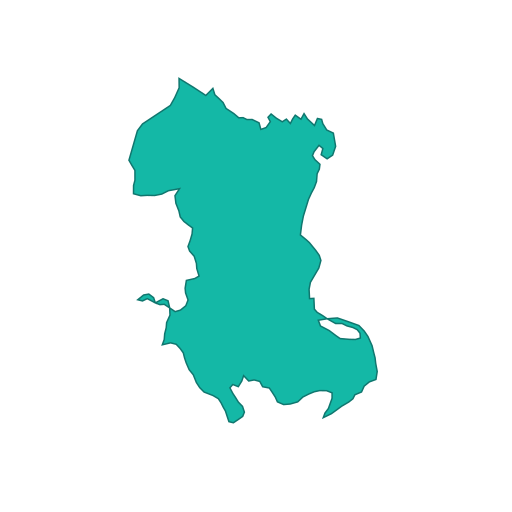 the district of Porto Rico do Maranhão, Maranhão, Brazil, rotated 127°
{"feature_id": "56859067B69390320621521", "entity_name": "Porto Rico do Maranhão", "entity_type": "district", "adm_level": 2, "iso_a3": "BRA", "parent_name": "Brazil", "parent_adm1": "Maranhão", "projection": "mercator", "projection_center": [-44.622, -1.877], "detail": "fine", "context": "isolated", "style": "filled", "palette": "teal", "viewbox_px": 512, "rotation_deg": 127, "n_neighbors": 0, "source": "geoboundaries", "source_scale": "gbopen_adm2", "svg_char_len": 2838}
<svg xmlns="http://www.w3.org/2000/svg" viewBox="0 0 512 512"><g transform="rotate(127 256 256)"><path d="M349.4,293.7L355.0,289.1L363.0,287.3L367.4,284.5L373.1,282.1L378.0,279.0L383.3,277.4L376.8,272.0L374.5,266.6L375.5,261.0L377.1,255.8L380.4,251.7L383.3,247.5L387.0,241.0L388.6,234.6L392.9,227.5L395.0,221.7L395.9,215.6L393.3,206.4L392.6,200.2L394.3,195.5L396.5,191.1L398.2,187.1L401.5,182.4L404.6,177.9L402.8,173.7L396.5,171.5L392.1,170.1L387.7,171.3L384.2,176.3L383.3,182.2L381.3,187.3L379.7,191.8L377.0,197.5L372.6,197.2L371.0,191.5L364.4,192.1L359.0,193.9L360.2,186.6L356.1,182.9L353.9,177.5L356.4,172.0L353.4,165.9L355.2,160.7L357.1,155.6L359.6,151.1L358.0,144.5L353.6,139.6L347.4,134.9L340.4,133.7L334.5,130.8L329.4,127.8L325.2,124.2L321.1,118.6L319.5,112.9L323.9,109.6L329.1,108.0L334.2,106.4L339.9,106.4L344.6,105.0L336.6,100.9L330.8,99.1L324.4,97.2L316.7,94.0L311.7,92.7L307.3,93.5L301.1,89.9L294.8,91.3L288.3,89.7L282.4,85.9L275.3,89.7L269.7,95.8L265.6,99.7L262.6,103.5L257.8,109.3L252.9,118.2L250.8,124.5L249.6,132.0L253.2,143.6L256.5,153.7L259.3,156.9L263.3,161.4L263.5,166.8L264.2,173.2L263.3,177.4L255.0,184.3L257.8,187.6L250.6,193.6L244.3,196.7L227.8,198.6L220.5,201.5L217.4,205.9L215.6,211.6L213.2,221.4L212.8,225.7L212.5,233.2L203.8,238.2L195.6,242.2L179.1,248.2L172.3,249.7L166.4,250.6L160.1,252.5L153.5,256.7L148.5,257.7L144.3,260.1L143.6,266.9L141.9,271.3L137.7,272.4L129.7,272.3L129.9,267.3L135.9,264.9L135.6,257.7L129.3,255.5L120.5,258.4L115.8,263.4L111.3,268.2L112.8,275.3L110.1,282.3L107.4,285.8L109.2,289.7L116.6,287.8L115.6,297.4L113.4,303.3L119.7,302.4L119.9,309.4L124.5,309.2L129.5,308.3L128.4,314.1L133.0,315.8L133.7,322.6L133.5,329.4L138.0,329.9L140.1,325.4L147.3,325.2L152.0,328.3L147.8,333.7L149.3,341.2L152.5,345.4L153.3,349.6L156.0,352.9L155.6,359.5L156.2,368.7L153.3,374.6L152.6,379.8L152.0,385.9L148.1,391.3L158.0,392.7L158.9,406.8L160.5,424.3L167.9,418.6L178.4,416.2L187.3,415.0L208.0,422.3L218.8,426.1L227.3,426.1L256.0,415.1L258.3,409.7L260.5,404.2L268.3,398.3L273.4,396.2L280.0,391.3L277.2,384.3L273.1,379.5L268.7,373.4L263.2,368.5L256.5,365.2L252.2,361.2L248.2,357.6L256.6,357.0L262.1,351.7L266.4,344.7L270.4,340.0L271.8,334.3L271.9,328.5L271.8,323.5L276.9,320.3L283.5,317.8L289.4,316.0L292.0,312.0L293.4,305.2L297.8,299.1L301.6,295.8L306.3,289.4L310.8,291.3L317.4,296.9L324.4,293.2L327.9,290.0L332.0,283.8L338.0,282.1L344.7,283.8L349.1,287.1L349.4,293.7ZM263.3,161.4L262.0,151.8L258.1,146.6L257.1,141.3L254.8,135.6L253.9,130.8L255.1,126.4L258.7,123.3L262.8,126.3L266.4,131.3L271.3,139.1L271.5,144.0L271.5,152.7L273.1,162.4L269.8,167.6L263.3,161.4ZM354.0,308.2L350.9,312.7L350.9,318.7L354.8,322.3L362.1,324.1L360.2,319.6L355.5,317.2L354.0,308.2ZM354.0,308.2L352.7,303.5L349.8,300.2L349.4,293.7L344.7,299.3L346.1,304.5L354.0,308.2Z" fill="#14b8a6" stroke="#0f766e" stroke-width="1.5"/></g></svg>